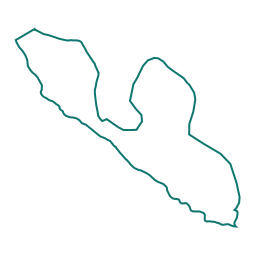 the district of Caye Manje', Gros Islet, Saint Lucia, rotated 268°
{"feature_id": "8701671B43134404703092", "entity_name": "Caye Manje'", "entity_type": "district", "adm_level": 2, "iso_a3": "LCA", "parent_name": "Saint Lucia", "parent_adm1": "Gros Islet", "projection": "robinson", "projection_center": [-60.937, 14.067], "detail": "fine", "context": "isolated", "style": "outline", "palette": "teal", "viewbox_px": 256, "rotation_deg": 268, "n_neighbors": 0, "source": "geoboundaries", "source_scale": "gbopen_adm2", "svg_char_len": 3668}
<svg xmlns="http://www.w3.org/2000/svg" viewBox="0 0 256 256"><g transform="rotate(268 128 128)"><path d="M219.2,19.1L217.4,19.6L212.3,22.3L208.7,25.3L204.7,27.7L200.1,29.5L196.7,29.9L193.8,30.0L191.4,31.2L188.5,33.0L188.2,33.3L187.8,33.6L186.6,34.6L184.1,37.6L181.4,39.6L178.1,41.2L174.1,43.3L172.7,43.5L171.7,43.2L169.0,43.1L168.1,42.5L166.7,42.0L165.2,42.4L163.6,43.3L162.0,44.9L160.6,47.7L159.6,48.7L158.9,49.8L157.9,52.0L157.4,53.6L156.1,55.2L154.4,57.1L153.1,59.1L151.7,60.3L150.4,60.2L149.4,60.7L148.4,61.6L147.0,63.4L145.0,64.0L143.0,65.5L142.8,65.8L142.1,66.9L142.0,67.4L141.4,68.7L141.0,69.7L140.8,70.3L140.6,71.6L140.4,73.2L140.3,73.8L140.0,74.8L139.7,75.9L139.4,76.8L139.4,77.1L138.9,77.6L138.4,78.4L137.6,79.5L137.2,80.0L136.6,80.3L136.4,80.5L135.6,81.2L134.7,81.8L134.2,82.3L134.0,83.3L133.7,83.8L133.1,85.1L132.8,85.8L132.7,86.1L129.3,90.0L127.9,91.7L127.3,92.3L126.2,93.5L122.8,97.4L121.6,98.8L120.7,99.8L119.5,102.5L118.8,104.2L118.6,104.5L117.7,106.0L116.7,107.5L116.1,108.8L116.0,109.2L115.7,109.7L115.4,109.9L114.0,110.9L112.9,111.8L112.2,112.3L111.3,112.8L110.5,113.6L109.9,114.2L109.8,114.7L109.5,115.2L108.5,115.5L107.6,116.1L106.6,117.0L105.1,118.0L103.5,119.2L100.8,121.5L99.2,122.8L97.4,124.2L96.6,125.0L95.6,126.2L94.6,126.9L93.2,128.1L92.0,128.8L91.6,129.2L90.5,130.2L89.7,131.0L88.7,131.9L87.4,133.6L87.1,134.4L86.4,135.7L85.8,136.8L85.4,138.5L85.1,139.6L84.0,141.5L82.9,143.8L82.2,144.9L81.9,145.4L81.5,146.0L81.0,146.6L80.5,147.6L79.6,148.5L77.6,150.5L76.7,151.5L76.4,151.7L75.7,152.3L74.9,153.3L74.2,154.3L73.3,155.8L72.9,156.7L72.6,157.2L70.9,161.2L68.3,163.9L67.5,164.4L66.9,164.7L64.8,164.9L63.2,165.4L61.5,166.2L60.5,166.6L59.5,167.1L58.1,167.9L57.4,168.6L56.7,169.4L56.1,170.4L55.6,171.7L55.4,173.2L55.4,174.0L55.3,174.6L55.0,175.4L54.8,176.1L54.4,176.5L54.0,176.8L52.9,177.1L51.7,177.6L51.5,177.9L50.9,178.7L50.7,179.8L50.7,181.1L50.7,181.6L51.0,182.5L50.8,182.9L50.7,183.8L50.6,184.1L50.2,184.6L49.3,185.3L48.8,185.9L47.6,186.6L46.3,187.1L45.0,187.4L43.7,187.9L43.3,188.2L42.6,189.4L42.5,189.8L42.3,191.4L42.2,192.8L42.1,195.3L42.1,196.4L42.0,197.1L41.7,197.6L40.9,199.4L40.6,200.2L40.2,200.7L39.8,200.9L38.9,201.7L37.8,201.7L37.2,201.7L36.3,201.6L33.8,201.5L33.2,201.6L32.9,201.7L32.3,202.4L31.9,203.1L31.9,203.5L31.9,204.9L31.9,206.8L31.7,207.3L31.5,208.1L31.5,208.5L31.5,208.9L31.4,209.6L31.2,210.1L31.3,211.0L31.1,211.5L30.0,214.2L29.9,214.9L28.9,217.0L28.5,217.4L28.1,218.4L28.2,218.7L27.9,219.6L28.2,221.5L28.4,224.1L28.3,224.9L27.7,226.3L26.8,228.1L26.1,229.8L25.8,232.3L26.0,232.1L26.2,231.9L28.0,231.0L29.2,231.0L30.6,231.4L31.5,232.0L32.9,232.8L33.9,233.4L34.8,233.7L36.5,234.1L38.2,234.4L40.4,234.5L41.4,233.7L42.3,231.6L43.5,232.8L44.9,233.9L47.1,235.2L49.6,236.5L55.3,237.1L69.5,234.5L88.6,229.0L99.0,219.6L105.7,209.2L109.4,203.3L119.4,188.9L129.8,189.4L142.0,193.8L154.1,196.3L161.1,195.3L168.9,190.9L171.5,188.4L175.8,185.4L183.6,175.0L183.8,174.8L187.5,170.1L193.2,165.6L196.6,160.6L197.1,156.7L194.9,150.2L189.6,145.2L177.5,138.8L171.5,134.9L163.2,132.9L155.0,130.9L146.3,136.9L140.7,141.8L134.2,142.3L125.9,136.4L125.9,128.4L126.2,123.3L129.2,118.2L132.5,113.7L136.0,109.2L137.6,107.1L135.8,102.5L137.6,100.9L141.0,98.7L146.4,98.0L151.8,97.1L158.4,96.5L163.8,96.1L167.3,96.2L170.7,97.2L175.8,98.3L181.3,100.2L184.1,100.5L185.5,99.9L189.0,98.5L191.0,97.6L193.2,97.1L195.1,95.8L201.7,91.7L205.5,89.4L209.9,87.3L212.7,85.7L215.3,84.5L216.6,82.8L217.3,80.3L217.4,77.3L217.8,73.5L217.5,71.6L217.8,69.2L219.0,64.6L219.6,62.4L221.6,57.2L222.3,55.3L222.4,55.0L223.2,52.8L224.0,50.3L224.7,47.2L227.6,42.0L229.2,39.1L229.3,38.3L230.2,38.1L219.8,18.9L219.2,19.1Z" fill="none" stroke="#0f766e" stroke-width="2"/></g></svg>